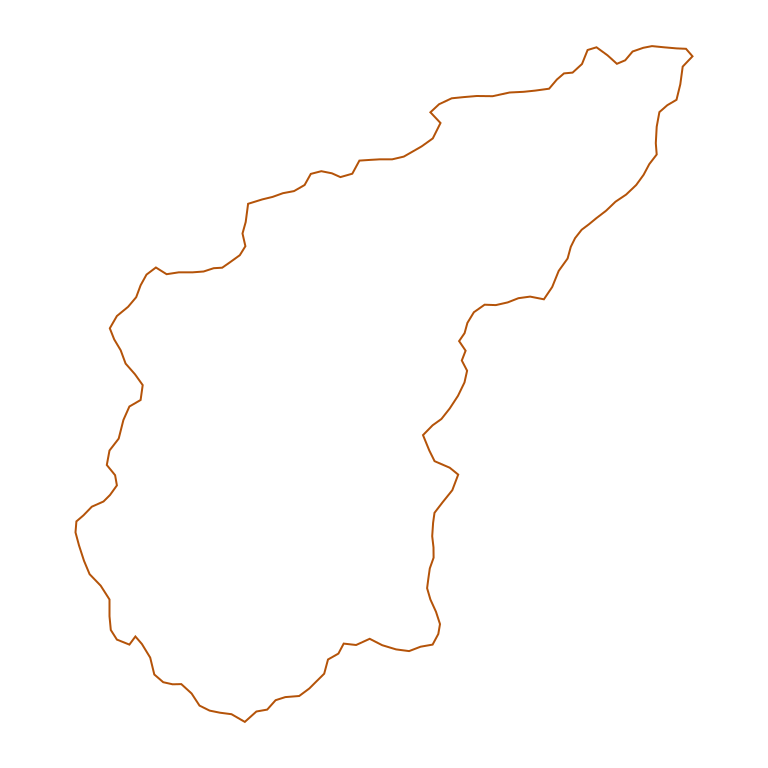 outline of Minduri, Minas Gerais, Brazil
{"feature_id": "56859067B90662257408012", "entity_name": "Minduri", "entity_type": "district", "adm_level": 2, "iso_a3": "BRA", "parent_name": "Brazil", "parent_adm1": "Minas Gerais", "projection": "robinson", "projection_center": [-44.604, -21.675], "detail": "fine", "context": "isolated", "style": "outline", "palette": "amber", "viewbox_px": 768, "rotation_deg": 0, "n_neighbors": 0, "source": "geoboundaries", "source_scale": "gbopen_adm2", "svg_char_len": 2289}
<svg xmlns="http://www.w3.org/2000/svg" viewBox="0 0 768 768"><path d="M244.8,721.9L256.4,711.5L267.2,709.6L275.6,700.2L285.3,697.1L299.2,696.0L309.3,688.5L315.8,682.0L324.2,673.7L328.0,659.5L338.4,653.6L343.7,643.6L356.1,645.0L369.7,638.8L382.2,645.2L396.1,649.4L409.1,651.1L420.6,646.7L432.6,644.6L438.3,634.0L440.0,624.1L436.0,611.8L430.4,599.5L427.1,588.2L428.4,578.2L429.8,568.4L433.6,557.7L433.5,547.5L432.2,536.2L433.1,522.8L434.5,512.8L442.5,502.4L452.3,490.2L458.2,474.6L449.7,467.7L434.6,461.2L429.3,450.5L423.0,435.1L432.6,425.3L441.4,419.0L449.7,408.5L458.0,395.8L464.5,382.4L467.1,370.7L461.8,360.5L465.6,350.7L459.1,341.1L464.6,333.1L467.4,322.9L473.9,312.2L484.6,304.7L495.8,305.1L507.7,302.4L518.4,298.2L530.1,296.6L543.9,299.3L552.2,287.0L558.7,270.9L567.6,258.5L570.8,246.8L575.1,238.1L581.7,229.7L588.9,224.3L596.3,218.2L606.1,210.7L615.5,201.7L626.1,194.6L636.2,185.0L643.6,174.8L649.3,164.1L656.7,154.5L655.8,143.2L656.7,126.7L659.4,112.1L667.3,105.2L676.5,99.8L680.3,84.3L682.7,66.6L692.5,56.3L686.0,48.8L676.7,48.4L664.1,47.3L652.0,46.1L643.3,47.8L632.6,51.5L625.2,60.3L616.9,63.8L607.5,55.3L596.5,47.3L587.6,50.0L582.0,64.0L572.6,72.6L564.0,73.4L556.9,79.5L549.1,88.7L535.2,90.6L523.7,91.8L509.6,92.5L492.6,96.2L476.7,96.0L463.7,97.1L451.7,98.3L439.1,104.2L430.4,112.3L440.5,123.0L432.8,138.4L421.6,146.4L412.2,151.8L403.8,156.6L392.3,159.3L380.3,159.3L370.0,159.9L359.4,160.6L352.3,173.7L340.4,177.1L331.9,173.3L321.3,171.2L310.8,173.9L304.6,185.0L294.0,191.1L282.9,193.2L272.6,196.9L262.3,199.4L248.1,203.8L245.7,222.0L242.5,233.5L245.4,246.2L239.8,255.2L230.5,261.9L222.2,267.7L213.7,268.2L203.6,271.5L193.0,272.3L179.0,272.3L166.6,274.2L155.9,267.5L146.5,274.6L140.6,285.3L136.2,297.2L128.1,306.8L116.9,316.0L109.8,328.3L114.2,339.4L120.7,350.3L125.6,363.6L135.0,374.3L142.7,385.1L140.6,400.0L129.4,406.5L123.4,420.0L118.7,438.6L109.5,450.5L106.8,465.0L115.1,475.2L116.9,485.4L110.0,495.0L103.5,501.5L91.8,506.7L83.5,515.3L76.4,521.4L75.5,532.4L79.0,545.4L84.0,560.8L89.6,574.2L100.7,585.7L109.5,599.5L109.5,616.2L110.8,630.0L116.9,639.6L129.4,644.6L135.4,636.5L141.9,644.0L150.2,657.6L154.3,674.5L163.2,682.2L172.6,684.3L181.3,684.1L191.6,693.5L199.5,705.6L209.6,710.6L219.9,712.7L231.5,714.2L244.8,721.9Z" fill="none" stroke="#b45309" stroke-width="2"/></svg>